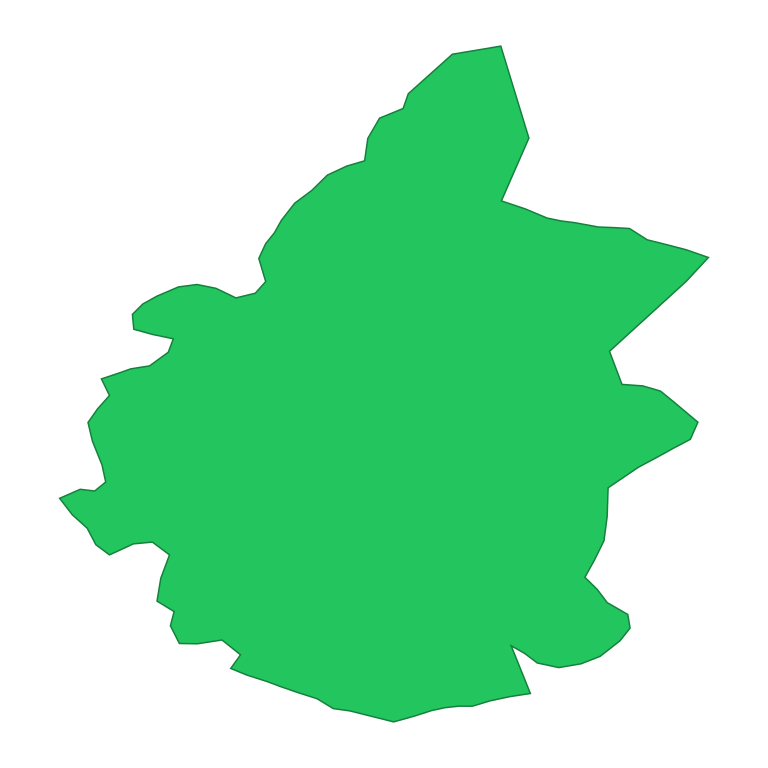 Alcântaras, Ceará, Brazil (orthographic projection)
{"feature_id": "56859067B37073586191016", "entity_name": "Alcântaras", "entity_type": "district", "adm_level": 2, "iso_a3": "BRA", "parent_name": "Brazil", "parent_adm1": "Ceará", "projection": "orthographic", "projection_center": [-40.547, -3.584], "detail": "fine", "context": "isolated", "style": "filled", "palette": "green", "viewbox_px": 768, "rotation_deg": 0, "n_neighbors": 0, "source": "geoboundaries", "source_scale": "gbopen_adm2", "svg_char_len": 1500}
<svg xmlns="http://www.w3.org/2000/svg" viewBox="0 0 768 768"><path d="M627.8,614.5L607.2,602.6L597.3,589.5L584.9,577.3L594.4,560.2L604.0,540.7L607.2,516.3L608.1,487.8L638.5,467.2L658.5,456.5L673.3,448.3L690.4,439.3L697.9,422.2L674.1,402.2L660.5,391.1L642.8,385.9L622.0,384.4L609.5,351.3L686.0,281.6L708.4,257.5L686.9,250.0L670.4,245.6L647.2,239.8L629.5,228.5L613.9,227.6L598.2,227.0L575.0,222.7L560.8,220.9L546.9,218.0L525.5,209.0L501.4,200.9L528.9,138.1L500.8,46.1L452.4,54.2L408.3,93.7L403.1,108.5L379.6,118.1L367.8,138.4L364.6,160.8L346.9,166.0L327.5,175.0L311.8,190.4L294.7,203.2L281.4,220.3L274.4,232.8L265.7,243.6L258.8,258.4L265.7,281.6L255.3,293.2L235.9,297.9L215.9,288.3L197.0,284.5L178.5,286.9L157.0,296.1L142.8,304.0L132.4,314.4L133.8,329.3L152.7,334.5L173.3,338.8L168.3,352.2L149.5,365.9L130.9,368.8L117.0,373.7L101.4,378.9L109.5,395.5L97.6,408.8L88.0,422.5L92.4,441.1L102.0,464.9L105.7,482.0L94.7,491.0L80.2,489.3L59.6,498.3L72.4,514.9L87.2,528.2L95.9,544.8L109.5,554.9L133.3,543.9L152.4,542.1L169.5,554.9L160.8,578.2L157.0,601.1L174.1,611.6L170.4,625.8L179.4,643.5L197.3,643.8L222.0,640.0L240.5,654.8L230.7,668.5L247.2,675.2L267.2,681.6L281.1,686.8L297.0,692.3L317.0,698.7L333.3,708.6L349.8,710.9L373.0,716.7L393.6,721.9L414.4,716.1L431.5,710.6L444.9,707.7L458.5,706.2L472.4,706.2L489.5,701.0L509.5,696.7L530.4,693.5L511.2,645.8L524.6,653.4L537.3,663.0L558.8,667.6L581.1,663.8L600.2,656.3L619.9,640.9L630.1,628.1L627.8,614.5Z" fill="#22c55e" stroke="#15803d" stroke-width="1.5"/></svg>